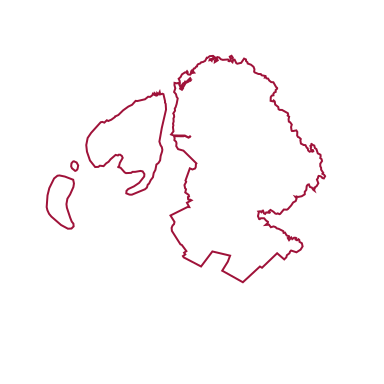 Canal - Fanafo, Sanma, Vanuatu, rotated 145°
{"feature_id": "77236927B64905396997634", "entity_name": "Canal - Fanafo", "entity_type": "district", "adm_level": 2, "iso_a3": "VUT", "parent_name": "Vanuatu", "parent_adm1": "Sanma", "projection": "albers", "projection_center": [167.121, -15.5], "detail": "fine", "context": "isolated", "style": "outline", "palette": "rose", "viewbox_px": 384, "rotation_deg": 145, "n_neighbors": 0, "source": "geoboundaries", "source_scale": "gbopen_adm2", "svg_char_len": 5988}
<svg xmlns="http://www.w3.org/2000/svg" viewBox="0 0 384 384"><g transform="rotate(145 192 192)"><path d="M71.8,269.6L72.8,271.4L77.6,269.6L81.3,271.1L81.8,272.1L81.2,276.0L82.2,276.8L84.4,275.1L85.0,278.0L86.4,277.7L86.9,278.2L86.3,278.9L86.5,279.9L91.0,282.6L92.3,284.3L92.6,286.6L93.8,287.9L94.4,287.6L95.1,288.1L95.4,285.1L98.8,285.3L97.9,286.3L96.6,286.3L95.8,287.3L96.5,288.6L96.5,289.7L98.2,288.2L99.4,289.2L100.6,288.2L100.8,289.4L102.0,289.9L101.2,290.5L99.1,289.5L96.3,290.0L96.8,291.5L99.6,293.1L102.5,293.0L102.9,293.5L106.0,291.9L108.5,292.2L110.1,293.0L111.5,292.6L113.8,293.2L115.1,292.8L115.8,292.0L116.6,292.3L118.7,291.7L119.8,292.1L122.0,290.6L121.8,288.5L123.2,289.2L122.4,290.3L122.4,291.6L123.3,291.4L125.6,289.2L126.3,289.2L127.7,290.5L127.9,291.9L126.8,292.6L126.8,293.8L128.4,293.3L129.1,294.0L132.8,294.1L135.4,292.7L138.0,292.4L138.3,290.3L139.4,288.2L140.6,287.0L140.6,284.5L139.5,283.8L138.6,285.5L136.6,286.1L135.6,285.6L134.3,286.4L133.6,285.4L128.2,286.3L128.2,285.6L129.6,284.7L129.0,284.2L129.6,284.0L131.2,285.0L131.6,284.4L134.7,284.9L139.3,282.8L140.4,283.3L140.1,282.0L141.6,281.5L142.5,283.5L141.3,284.2L140.8,287.4L140.3,288.2L140.8,289.3L142.0,289.6L143.7,291.4L145.1,289.6L146.2,286.5L149.3,284.2L149.0,281.3L150.0,278.8L150.0,276.9L154.0,273.0L157.0,270.7L158.2,270.3L159.3,268.3L162.3,267.1L162.5,265.6L163.5,263.8L165.0,262.9L166.5,260.4L168.5,258.7L168.9,257.4L170.4,256.1L172.4,252.3L176.1,251.1L174.6,248.8L165.5,242.4L163.6,238.7L160.9,238.8L162.0,238.3L163.7,238.5L165.7,242.1L167.3,242.7L174.7,248.1L175.3,246.1L176.7,244.6L176.2,242.4L176.7,240.9L178.6,238.6L178.8,235.1L175.3,230.8L172.0,212.9L172.8,212.6L174.7,210.2L176.1,209.5L178.7,210.2L180.2,212.6L190.8,205.1L190.9,203.7L194.2,202.0L195.5,199.0L195.3,197.7L197.8,195.5L196.4,191.6L197.0,190.0L198.2,190.2L199.3,188.4L199.3,187.9L197.8,186.7L197.2,185.5L202.3,186.1L202.9,181.2L204.4,182.3L223.1,185.1L223.5,177.5L225.2,176.0L227.1,175.7L229.3,174.3L230.8,171.6L231.5,155.8L230.7,154.4L230.5,146.8L233.3,146.8L233.3,144.7L236.2,144.7L236.3,143.2L227.3,125.8L209.4,131.6L197.3,118.0L202.6,114.4L212.4,110.2L202.1,88.9L179.1,92.0L178.1,89.8L157.4,93.0L155.1,83.9L152.2,84.4L150.5,85.8L147.4,85.9L145.9,86.9L144.4,87.2L141.0,82.7L136.1,82.5L132.6,84.0L131.4,87.0L132.5,89.5L131.6,91.3L131.9,92.3L133.6,92.2L134.0,92.7L134.4,93.7L133.1,94.5L133.3,95.0L134.6,96.0L136.9,95.9L136.8,97.8L140.1,96.9L139.9,99.4L138.1,99.5L137.9,100.2L139.4,102.1L139.1,105.4L140.4,106.0L139.7,107.6L142.1,112.1L143.5,113.7L143.7,115.3L144.9,117.0L147.6,117.9L147.7,121.1L150.6,122.8L147.6,123.2L146.9,124.0L147.7,126.1L148.0,129.1L150.7,131.0L152.1,130.9L152.5,131.3L151.8,134.4L148.8,137.1L148.8,137.9L147.2,137.1L146.7,135.6L145.1,136.3L144.5,136.0L145.3,133.2L144.7,132.1L142.9,132.7L140.4,130.5L140.0,130.6L140.1,132.1L138.0,132.3L136.6,129.1L136.1,126.5L135.1,125.5L134.0,125.3L133.1,123.7L132.3,123.5L126.9,125.0L124.4,123.1L123.3,123.0L118.4,124.1L115.2,125.4L112.3,125.1L110.1,126.6L110.1,128.7L109.5,127.8L108.9,128.3L108.1,127.2L104.6,125.6L101.0,125.4L99.5,127.5L97.1,128.2L94.7,131.0L93.1,131.6L91.9,131.2L92.5,128.5L91.3,126.9L91.4,124.3L91.0,123.1L90.8,124.0L89.5,124.4L89.3,125.3L86.6,125.3L83.5,126.7L82.5,130.6L81.1,131.0L79.5,132.4L79.0,132.5L77.9,131.4L77.2,130.1L77.2,128.6L76.2,127.5L73.9,128.6L73.9,130.3L74.7,132.1L73.5,132.5L73.4,136.2L72.3,137.9L72.2,139.4L70.7,141.6L67.7,142.8L67.0,144.7L67.5,146.2L66.0,147.6L65.4,148.9L66.8,151.5L65.5,155.8L66.1,157.5L65.2,159.9L66.2,161.5L66.6,163.5L67.0,162.0L68.6,161.8L68.5,160.5L69.7,159.8L70.1,158.2L68.9,156.8L69.3,155.8L70.3,156.0L70.9,157.1L72.6,157.6L73.0,159.4L72.2,161.5L72.6,162.4L72.2,165.3L73.6,166.5L75.0,169.2L73.6,172.1L72.5,173.0L72.9,175.2L73.6,176.2L73.5,177.9L71.3,180.8L71.2,182.6L74.3,184.0L75.2,184.8L75.0,185.6L73.6,188.4L71.6,190.0L71.6,192.8L72.3,194.1L71.1,196.3L69.2,198.0L69.8,199.7L68.8,200.3L68.3,201.6L71.2,207.6L73.1,209.0L73.6,210.1L72.6,212.2L73.7,215.9L72.3,218.7L72.6,220.1L73.6,219.7L75.3,221.6L73.1,224.5L71.4,225.2L69.8,224.5L69.1,225.7L67.5,226.3L66.0,226.0L65.0,227.5L63.0,227.8L62.6,228.4L62.9,229.9L62.4,235.2L64.1,236.6L64.8,239.1L64.6,241.2L65.8,242.3L65.6,243.6L66.6,244.0L65.4,245.0L68.0,247.7L68.0,249.1L69.9,250.6L72.0,253.9L72.1,254.9L70.4,256.8L69.8,259.3L70.7,262.5L72.7,265.3L72.2,266.4L72.6,268.4L71.8,269.6ZM229.5,263.8L228.8,261.8L229.2,259.7L234.3,257.3L237.6,254.5L238.7,255.3L236.6,252.9L235.9,246.7L235.2,245.3L230.9,242.6L229.2,242.6L227.2,241.2L222.1,238.8L220.6,237.2L220.7,234.0L222.3,232.1L230.0,229.8L236.3,229.9L242.6,231.0L245.0,230.5L246.6,228.6L244.7,225.7L242.8,224.3L228.9,221.2L226.4,221.5L224.0,223.4L222.4,223.5L219.0,225.4L215.5,226.5L212.5,229.5L209.3,231.1L205.4,234.9L202.8,235.0L200.0,236.2L196.9,239.6L193.3,242.3L192.0,243.7L191.0,246.1L190.9,248.4L189.8,252.0L180.1,261.7L166.0,274.4L163.0,279.3L162.8,280.8L162.0,281.8L159.3,288.5L159.8,289.4L162.1,290.2L161.1,292.5L163.3,291.3L163.8,293.0L165.2,291.2L166.1,291.5L166.7,292.9L165.7,293.4L166.0,294.6L167.3,293.7L167.7,294.9L169.0,294.0L171.7,293.9L173.3,295.2L177.3,294.9L184.7,297.9L185.9,299.0L191.1,297.8L195.1,298.5L201.6,298.4L208.2,297.3L211.7,298.0L212.1,297.6L216.6,297.5L219.9,298.2L220.6,299.6L224.0,299.1L225.2,300.8L226.8,301.5L240.7,298.3L246.5,296.1L251.7,291.1L254.9,285.3L257.5,276.3L257.0,268.0L254.3,266.3L252.4,266.4L249.6,263.9L245.9,264.7L243.0,264.6L240.0,265.5L233.3,266.2L231.7,264.4L230.7,264.6L229.5,263.8ZM297.2,282.2L306.7,277.0L312.3,272.1L319.7,263.0L320.9,260.0L321.6,256.1L321.3,252.5L318.2,240.1L314.7,233.1L311.7,231.2L308.7,231.7L307.3,234.1L307.5,236.7L306.5,240.9L303.5,250.9L301.8,254.1L297.9,258.0L293.3,259.9L286.3,264.1L283.8,266.7L282.3,270.2L287.3,277.6L291.1,281.6L292.9,282.5L297.2,282.2ZM270.0,279.0L269.6,282.3L271.1,284.9L272.0,285.2L274.3,284.6L276.3,282.3L276.7,280.2L275.6,276.3L274.2,276.0L272.6,276.5L270.0,279.0ZM82.2,278.3L81.5,278.7L81.5,280.9L83.4,281.2L83.8,279.7L83.2,278.6L82.2,278.3Z" fill="none" stroke="#9f1239" stroke-width="2"/></g></svg>